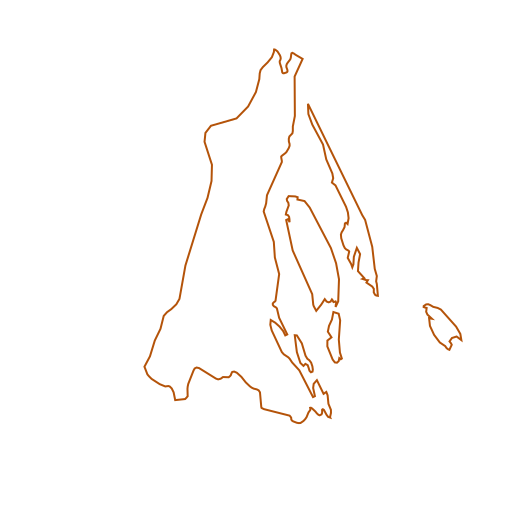 an SVG outline of Splitsko-Dalmatinska, rotated 244°
{"feature_id": "HRV-1492", "entity_name": "Splitsko-Dalmatinska", "entity_type": "County", "adm_level": 1, "iso_a3": "HRV", "parent_name": "Croatia", "parent_adm1": "", "projection": "natural_earth1", "projection_center": [16.561, 43.491], "detail": "fine", "context": "isolated", "style": "outline", "palette": "amber", "viewbox_px": 512, "rotation_deg": 244, "n_neighbors": 0, "source": "natural_earth", "source_scale": "10m", "svg_char_len": 4561}
<svg xmlns="http://www.w3.org/2000/svg" viewBox="0 0 512 512"><g transform="rotate(244 256 256)"><path d="M205.4,107.2L212.3,116.7L224.4,128.0L232.4,138.2L242.6,146.8L244.5,151.4L245.4,156.6L247.5,163.2L251.0,168.4L278.4,188.4L317.5,225.1L329.5,237.9L337.4,244.4L342.9,248.9L357.3,256.4L381.2,259.8L388.8,264.5L392.8,272.6L388.2,298.8L393.8,314.4L403.4,327.8L413.5,336.5L418.5,339.4L421.1,341.6L422.8,345.0L424.9,351.3L427.7,357.4L431.5,361.5L433.7,362.8L433.4,363.4L432.1,364.2L430.4,365.0L425.9,365.5L424.1,365.3L422.7,364.8L421.7,364.0L420.8,362.8L420.1,362.4L418.9,362.0L413.8,361.3L409.5,360.1L408.6,360.3L408.0,361.1L407.6,363.9L407.8,364.8L408.4,365.4L409.6,365.8L412.5,366.1L413.8,366.7L415.0,367.8L415.9,369.3L417.2,372.0L417.9,373.2L419.1,374.3L421.7,376.0L422.6,376.7L422.7,377.7L421.2,378.9L419.6,379.7L412.7,384.3L400.4,369.4L364.8,352.3L356.3,345.9L352.2,343.9L350.3,342.5L348.8,338.4L346.9,336.8L344.4,335.7L342.0,335.3L340.3,334.5L338.6,332.7L336.1,328.9L335.6,327.5L334.8,323.5L334.4,322.3L333.3,321.8L330.1,320.9L329.1,320.4L305.8,292.5L298.9,288.2L296.3,285.9L294.5,283.9L292.6,282.4L260.9,278.2L246.4,272.3L229.6,268.9L207.2,253.9L206.8,253.1L206.6,251.7L206.0,250.3L204.7,249.7L203.1,250.0L200.9,251.5L199.7,251.8L190.3,249.7L171.8,249.7L171.8,247.5L176.7,247.5L182.3,246.2L187.7,244.0L192.0,241.2L187.9,238.7L182.2,237.5L158.3,237.1L155.4,237.9L150.8,240.6L149.0,241.2L144.5,241.8L134.3,244.8L104.2,245.4L104.2,247.5L112.3,249.5L115.8,251.8L117.7,256.3L102.5,256.3L103.0,259.6L99.4,259.3L91.4,256.3L84.9,255.9L82.1,254.6L78.6,251.8L78.3,251.8L79.8,250.3L82.4,249.8L87.8,249.6L89.0,248.9L88.9,248.1L88.2,247.7L87.0,247.2L85.7,246.4L84.9,245.4L84.9,243.4L85.9,242.5L87.9,241.7L90.2,241.2L94.4,239.6L95.6,238.8L95.8,238.1L94.6,237.8L93.7,237.1L92.4,234.6L89.0,230.8L87.8,228.7L86.9,226.3L86.4,222.8L87.1,221.1L88.2,219.6L91.1,216.9L92.5,216.1L93.8,216.1L95.1,216.7L96.3,216.6L97.8,216.2L114.9,196.0L117.0,194.4L118.1,194.6L131.7,199.8L134.1,199.5L135.8,198.2L137.8,195.8L139.6,194.4L141.5,193.4L146.9,191.4L153.7,189.9L159.5,187.6L161.7,185.7L162.2,183.8L161.2,182.4L159.9,181.1L159.4,180.0L159.0,178.3L161.5,173.6L161.7,172.9L161.4,171.9L161.2,170.4L161.7,167.9L163.3,166.3L180.2,155.7L181.8,153.7L181.8,151.6L180.5,149.7L170.7,139.0L168.5,137.3L166.7,136.2L159.9,133.1L159.1,131.3L158.5,129.6L161.9,120.2L169.6,122.2L173.9,122.2L176.5,121.3L177.5,120.3L178.0,118.9L178.5,117.3L183.0,113.3L191.3,108.3L194.8,107.1L197.2,106.5L205.4,107.2ZM198.7,320.4L179.2,310.0L175.3,305.2L177.3,306.4L178.6,307.6L180.3,307.6L180.5,305.6L181.2,305.3L182.3,305.5L183.7,305.2L182.3,303.0L182.5,301.0L184.1,299.5L187.1,298.9L183.7,293.3L180.3,286.1L185.5,285.9L187.1,286.1L197.1,289.8L244.9,291.4L275.1,298.9L275.1,301.0L271.7,301.0L274.4,302.2L276.7,302.9L278.7,302.6L280.2,301.0L282.4,302.7L287.1,307.6L289.7,308.4L291.9,308.1L293.7,308.6L295.5,311.6L292.4,317.3L290.6,319.2L288.6,318.0L284.1,323.7L276.0,325.5L230.3,326.8L214.4,324.8L198.7,320.4ZM246.3,369.4L240.6,369.9L213.3,364.5L192.4,357.1L185.0,355.8L180.6,352.9L177.8,352.3L166.8,348.1L167.8,346.7L169.0,346.0L171.7,345.9L174.8,347.5L177.6,347.1L183.7,343.6L185.2,345.9L185.9,344.6L188.7,341.7L188.7,343.6L197.7,341.0L205.2,345.3L212.1,350.4L219.1,350.2L212.4,343.6L205.8,339.9L203.6,337.6L207.2,338.0L214.1,337.6L219.1,341.7L220.1,341.6L222.5,339.9L224.2,339.3L227.3,339.3L234.6,340.4L238.0,341.7L239.7,343.3L241.2,345.7L243.2,348.3L246.3,350.2L246.4,351.6L246.1,352.0L245.4,352.0L244.6,352.3L249.4,355.8L254.9,357.7L260.7,358.5L284.6,358.4L288.7,356.4L292.1,359.5L296.7,360.8L312.0,361.5L326.8,365.1L349.4,364.2L360.6,365.3L370.0,369.4L308.2,369.4L246.3,369.4ZM134.5,386.6L135.6,385.3L136.6,384.3L137.5,384.8L137.9,387.7L137.2,389.6L135.5,391.1L132.6,393.0L129.7,396.5L126.8,398.7L104.8,404.9L96.4,405.5L90.4,403.7L95.7,401.0L96.4,396.2L94.4,392.5L92.0,393.0L90.4,393.0L86.9,388.7L87.9,387.8L89.0,387.2L90.2,386.8L92.0,386.6L97.7,383.3L107.1,381.5L116.9,381.7L124.2,384.3L123.0,385.9L122.5,386.6L128.2,384.4L131.3,384.5L134.5,386.6ZM171.7,301.0L167.9,305.0L161.2,303.4L144.6,293.8L132.4,289.1L126.2,288.2L126.0,286.8L126.4,286.4L127.0,286.4L127.7,286.1L125.3,284.3L124.6,282.0L125.8,280.2L129.4,279.5L143.5,280.5L148.7,283.1L149.8,288.2L156.5,287.4L161.2,291.0L165.6,296.4L171.7,301.0ZM151.7,250.6L157.6,252.6L167.8,256.1L166.7,257.9L157.4,258.9L144.7,256.8L141.1,257.1L139.0,258.2L136.0,258.8L132.1,258.3L129.0,257.3L127.3,256.1L127.4,254.4L129.2,253.8L130.3,253.9L131.9,254.2L135.2,254.6L137.4,253.1L136.4,250.5L140.4,249.0L151.7,250.6Z" fill="none" stroke="#b45309" stroke-width="2"/></g></svg>